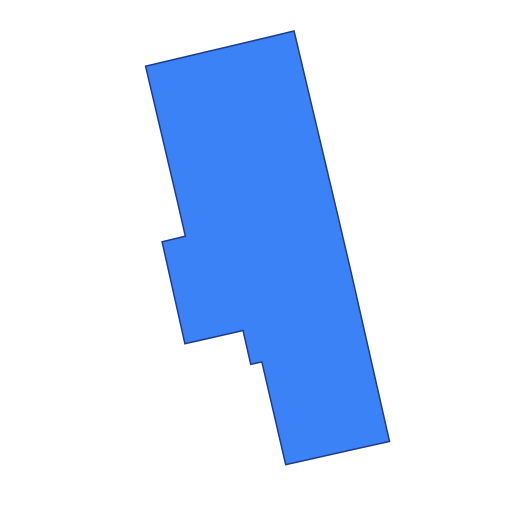 outline of Grenada, Mississippi, United States of America, rotated 257°
{"feature_id": "52423323B71852127868887", "entity_name": "Grenada", "entity_type": "district", "adm_level": 2, "iso_a3": "USA", "parent_name": "United States of America", "parent_adm1": "Mississippi", "projection": "orthographic", "projection_center": [-89.866, 33.787], "detail": "fine", "context": "isolated", "style": "filled", "palette": "blue", "viewbox_px": 512, "rotation_deg": 257, "n_neighbors": 0, "source": "geoboundaries", "source_scale": "gbopen_adm2", "svg_char_len": 395}
<svg xmlns="http://www.w3.org/2000/svg" viewBox="0 0 512 512"><g transform="rotate(257 256 256)"><path d="M186.5,167.0L186.3,226.6L151.6,226.5L151.5,237.9L139.8,237.9L46.0,238.0L45.6,308.5L45.3,344.4L51.5,344.4L218.3,345.0L279.4,344.8L314.5,344.6L466.7,343.7L466.4,308.2L465.8,191.1L325.7,191.7L291.2,191.6L291.0,167.7L186.5,167.0Z" fill="#3b82f6" stroke="#1e3a8a" stroke-width="1.5"/></g></svg>